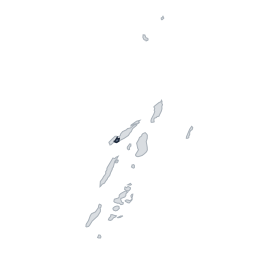 West Kwara'ae, Malaita, Solomon Islands (highlighted), rotated 257°
{"feature_id": "97153195B25231511740038", "entity_name": "West Kwara'ae", "entity_type": "district", "adm_level": 2, "iso_a3": "SLB", "parent_name": "Solomon Islands", "parent_adm1": "Malaita", "projection": "equal_earth", "projection_center": [160.683, -8.662], "detail": "fine", "context": "in_parent", "style": "filled", "palette": "slate", "viewbox_px": 256, "rotation_deg": 257, "n_neighbors": 0, "source": "geoboundaries", "source_scale": "gbopen_adm2", "svg_char_len": 4168}
<svg xmlns="http://www.w3.org/2000/svg" viewBox="0 0 256 256"><g transform="rotate(257 128 128)"><path d="M100.4,129.4L104.4,133.3L106.1,132.9L111.3,133.0L114.3,135.8L116.1,137.0L117.2,139.5L118.4,140.1L119.2,141.3L119.6,143.7L117.7,144.9L116.6,145.2L113.6,144.4L110.7,142.7L105.0,142.4L102.3,141.9L101.4,141.3L100.5,140.4L99.2,138.2L98.1,135.7L97.9,134.2L97.8,131.3L98.2,130.3L99.3,129.3L100.4,129.4ZM118.4,106.2L122.8,113.4L122.7,114.7L122.0,115.5L121.9,117.9L122.4,118.9L123.7,119.3L125.7,121.9L126.6,126.0L127.5,127.4L127.5,130.5L129.5,134.6L129.7,136.7L129.5,137.6L128.7,137.0L126.3,132.3L123.6,130.2L123.3,129.4L120.6,126.6L118.8,121.9L116.8,113.6L117.7,111.6L115.5,107.6L115.6,106.5L117.2,106.7L117.5,106.2L118.4,106.2ZM102.2,109.8L102.7,112.1L100.3,110.0L98.5,107.6L93.3,104.9L92.1,103.5L91.2,103.3L88.5,101.1L85.9,99.5L83.8,96.8L82.9,96.3L81.2,94.2L79.6,92.7L79.0,90.1L77.5,88.3L77.1,87.5L82.1,89.0L84.4,91.8L86.4,93.5L87.1,94.6L88.8,96.2L90.4,96.4L92.0,98.0L93.5,98.4L94.6,99.3L102.1,106.5L101.2,108.4L102.2,109.8ZM135.7,156.3L138.0,157.8L139.3,157.5L141.2,158.5L142.7,157.9L143.6,159.2L145.9,164.1L146.0,165.7L147.5,166.9L146.2,167.1L144.4,166.5L143.0,166.9L141.6,165.9L139.1,165.4L137.0,164.3L132.5,160.7L132.5,158.8L131.8,158.0L131.6,155.7L130.0,155.0L128.1,154.9L128.0,153.8L128.3,151.9L129.7,151.9L131.4,152.7L135.7,156.3ZM59.6,82.3L60.2,83.2L58.8,84.6L56.9,83.8L56.5,82.6L55.2,82.9L52.7,82.2L49.1,78.7L45.3,72.1L41.7,68.5L41.0,67.4L40.9,65.5L41.4,64.8L43.6,65.6L46.6,68.6L51.3,71.7L52.7,73.3L53.5,77.1L54.3,78.2L56.9,81.1L59.6,82.3ZM64.6,104.4L65.8,106.4L67.1,110.8L66.9,112.4L65.9,112.4L65.7,113.4L64.4,111.2L62.7,110.7L61.5,109.4L60.9,105.1L60.0,104.8L57.2,105.2L56.3,106.6L55.1,106.2L54.8,104.9L55.0,103.7L56.7,102.5L57.0,100.9L58.7,98.2L59.7,97.7L61.7,98.7L61.9,102.6L62.6,103.8L64.6,104.4ZM115.3,190.4L114.0,191.2L112.9,190.8L112.0,190.1L111.3,188.3L109.8,187.1L107.6,186.6L106.5,185.5L105.0,185.1L104.6,184.1L104.7,183.1L104.9,182.5L106.3,183.0L113.0,187.9L115.3,190.4ZM45.3,96.7L44.9,97.0L44.3,95.7L43.9,95.3L43.9,93.9L42.1,91.5L41.9,89.8L42.9,88.2L44.4,89.2L45.8,91.2L47.4,91.8L47.1,93.2L45.6,95.6L45.3,96.7ZM54.3,100.5L53.6,101.5L51.6,101.4L50.1,98.9L50.1,97.1L51.3,95.4L52.7,95.1L53.5,95.7L54.2,97.1L54.5,98.9L54.3,100.5ZM70.9,115.1L69.1,117.0L67.8,116.4L66.7,114.8L67.3,112.3L68.3,111.7L68.9,110.9L70.8,111.6L71.3,112.0L70.1,113.3L70.8,114.2L70.9,115.1ZM214.9,165.3L211.9,165.8L210.8,167.5L209.3,167.4L208.8,165.9L208.8,165.2L209.6,165.3L210.0,164.0L210.9,163.3L213.0,162.9L215.4,163.7L214.9,165.0L214.9,165.3ZM132.7,137.9L132.8,141.4L131.5,139.5L130.8,140.2L130.2,139.3L130.4,135.2L129.4,131.3L130.2,131.7L132.7,137.9ZM57.9,115.8L57.9,116.2L56.9,115.5L54.7,112.3L55.1,111.2L57.1,109.0L57.7,108.8L58.3,110.1L57.8,112.0L57.2,112.5L56.9,114.3L57.9,115.8ZM107.9,122.7L109.5,123.0L112.2,126.2L111.6,127.2L110.3,126.7L109.9,126.9L109.4,125.8L108.0,124.8L106.8,124.7L106.6,123.6L107.9,122.7ZM90.3,125.8L88.2,125.4L87.6,124.6L88.3,123.4L89.3,122.6L90.1,123.3L91.0,123.5L91.1,125.1L90.3,125.8ZM29.9,76.7L28.1,77.2L27.0,76.5L27.5,74.6L28.1,73.7L30.4,75.4L29.9,76.7ZM99.3,110.9L98.4,111.2L97.1,110.3L96.6,109.5L96.8,108.2L97.6,107.8L98.4,108.6L98.5,109.5L99.3,110.9ZM229.0,187.2L227.4,187.6L226.8,187.5L225.8,185.4L226.6,184.9L227.7,185.1L228.1,186.3L229.0,187.2ZM62.5,116.9L62.5,117.8L61.5,117.5L59.2,116.3L59.1,115.7L60.4,115.5L61.4,115.6L62.5,116.9ZM43.9,100.9L43.5,103.3L42.6,100.3L42.8,97.9L43.1,97.6L43.9,100.9ZM73.5,117.9L72.1,118.6L71.7,117.6L72.7,115.0L73.5,117.9Z" fill="#d9dde1" stroke="#a8b0b8" stroke-width="1"/><path d="M118.0,112.1L117.9,112.2L117.9,112.3L117.7,112.4L117.4,112.3L117.3,112.5L117.2,112.5L117.1,112.8L117.0,113.0L116.9,113.2L116.7,113.2L116.6,113.3L116.6,113.5L116.6,113.8L116.8,113.9L116.8,114.0L116.8,114.3L116.8,114.5L116.9,114.8L117.0,114.8L117.1,115.0L117.2,115.3L117.3,115.3L117.2,115.3L117.2,115.5L117.2,115.8L117.3,115.8L117.5,115.9L117.5,116.0L117.8,116.1L118.3,116.4L118.8,116.6L119.7,117.0L119.7,116.2L119.7,115.6L119.9,115.5L120.5,115.2L120.9,115.2L119.8,114.1L119.2,113.4L118.4,112.5L118.2,112.4L118.2,112.5L118.2,112.4L118.0,112.2L118.0,112.1Z" fill="#64748b" stroke="#1e293b" stroke-width="1.5"/></g></svg>